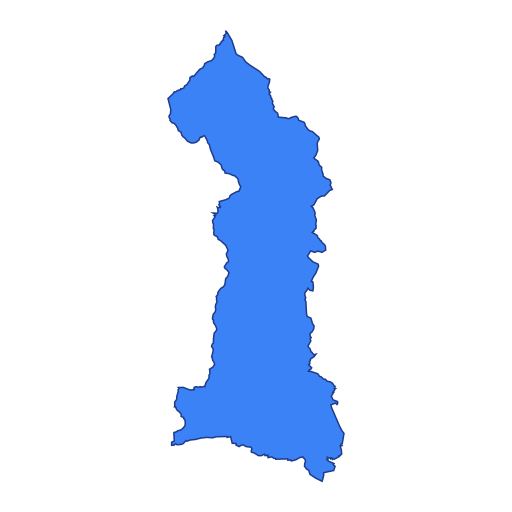 Barbatesti, Vâlcea, Romania
{"feature_id": "2599482B91105393466893", "entity_name": "Barbatesti", "entity_type": "district", "adm_level": 2, "iso_a3": "ROU", "parent_name": "Romania", "parent_adm1": "Vâlcea", "projection": "mercator", "projection_center": [24.104, 45.179], "detail": "fine", "context": "isolated", "style": "filled", "palette": "blue", "viewbox_px": 512, "rotation_deg": 0, "n_neighbors": 0, "source": "geoboundaries", "source_scale": "gbopen_adm2", "svg_char_len": 6065}
<svg xmlns="http://www.w3.org/2000/svg" viewBox="0 0 512 512"><path d="M322.1,481.3L323.7,475.6L323.6,472.7L333.7,470.5L335.1,466.3L333.2,464.5L334.0,463.5L328.5,461.2L328.0,460.7L328.0,459.5L326.8,459.6L327.3,457.2L328.6,457.9L329.6,457.7L330.5,458.8L331.0,457.8L332.5,458.3L332.5,458.9L332.1,458.9L332.3,459.4L332.6,459.0L334.3,459.2L339.3,456.5L339.1,455.7L340.0,455.6L341.7,454.1L341.3,449.7L340.2,445.8L342.0,445.6L341.1,444.4L341.7,444.4L342.3,443.4L344.0,433.4L341.9,430.7L339.4,425.8L331.5,407.4L330.9,404.8L335.6,403.1L337.0,404.5L337.7,403.4L337.5,401.5L333.1,399.9L331.3,396.1L333.1,393.4L332.7,392.5L333.8,392.1L333.4,391.3L334.5,390.4L334.6,389.4L335.6,388.5L334.4,388.2L335.1,386.3L334.1,385.9L332.5,383.2L330.0,381.7L327.2,381.3L325.6,379.4L323.5,379.0L321.0,376.7L319.5,376.4L318.3,374.3L317.1,373.5L311.1,371.5L308.4,371.2L309.2,370.0L310.8,369.2L311.7,367.8L308.6,364.8L309.9,363.7L309.4,361.8L310.2,360.9L310.5,359.1L314.0,356.7L315.9,354.2L313.9,354.7L312.6,353.4L312.0,352.3L311.1,351.8L309.9,348.5L308.8,347.7L308.0,346.1L310.8,341.0L310.2,338.8L311.2,337.5L310.1,336.3L310.2,333.3L311.9,332.1L313.7,329.0L314.1,326.0L312.6,323.8L310.9,318.1L307.2,316.5L306.5,313.4L305.9,301.7L304.8,299.4L305.5,298.7L305.7,297.8L304.9,295.3L304.8,292.8L306.8,290.5L307.9,288.2L309.8,290.2L312.9,290.9L313.4,287.5L313.0,282.6L312.7,281.7L311.2,281.5L313.4,276.7L315.8,273.2L318.6,266.2L318.2,264.2L313.0,261.9L308.6,257.7L307.5,256.0L310.7,250.9L314.6,252.4L317.9,251.1L322.0,252.3L325.7,250.1L325.4,246.1L323.8,243.9L322.0,242.6L321.2,240.9L320.5,240.8L319.4,238.9L317.9,237.9L317.5,236.1L316.7,235.1L312.2,232.4L313.0,231.5L313.8,231.4L314.0,230.3L316.1,228.2L316.1,225.2L315.7,224.3L316.4,220.1L314.7,215.4L315.1,214.0L314.9,212.1L312.9,207.6L311.3,206.3L313.8,204.9L317.3,198.6L321.4,196.1L324.5,195.9L329.8,190.4L332.3,189.5L330.2,185.0L330.8,183.6L330.9,182.4L329.9,179.8L326.2,178.5L323.2,176.1L323.1,174.2L321.6,170.0L321.7,167.3L319.2,165.1L318.5,162.2L317.7,160.9L314.6,158.8L313.9,157.9L315.9,155.2L317.7,150.4L317.2,143.5L317.8,141.5L319.3,139.2L319.0,137.4L312.4,131.6L309.8,130.8L308.2,129.7L305.4,125.9L304.8,123.4L304.0,122.2L298.8,120.3L298.1,118.2L296.6,116.4L295.3,116.3L290.7,117.6L289.8,118.4L287.8,118.6L286.4,117.9L278.4,117.1L277.6,113.2L274.8,110.9L273.5,109.2L273.4,108.4L274.2,106.8L272.4,103.5L272.8,101.0L271.8,99.7L271.8,98.5L270.9,97.6L270.6,95.7L269.0,94.0L270.4,92.2L269.3,91.7L269.3,90.1L268.0,88.2L267.9,86.5L269.4,82.2L269.8,79.3L269.1,78.7L267.2,78.7L265.6,77.0L264.5,76.7L259.7,71.5L249.7,65.0L245.6,61.8L242.5,57.3L238.0,55.3L236.1,53.8L231.9,40.5L227.3,32.7L225.5,30.7L226.2,33.5L223.8,35.7L224.9,36.5L223.9,37.3L223.1,39.2L223.5,40.3L222.7,40.5L221.1,41.9L221.0,43.0L220.1,43.4L219.6,44.9L217.1,45.2L215.8,46.4L215.7,52.8L214.2,54.7L214.6,55.3L214.5,57.0L212.9,59.2L211.4,60.6L207.3,62.0L204.7,63.7L204.1,65.9L202.5,67.9L199.7,69.3L193.7,76.4L192.2,75.9L191.2,77.0L190.6,77.0L189.9,77.6L189.9,79.9L189.4,80.9L186.8,84.7L184.6,86.0L183.9,87.9L181.7,88.9L180.7,88.7L180.5,89.6L177.6,90.5L175.6,91.9L174.2,91.9L173.0,93.8L168.0,98.6L170.8,109.6L170.4,114.1L169.5,115.0L169.0,116.4L169.3,117.8L170.2,119.3L170.0,120.4L171.8,122.6L174.3,123.5L175.9,125.2L177.7,128.3L178.3,130.6L181.1,132.3L181.7,134.9L183.1,136.8L184.7,137.9L187.6,141.3L191.2,143.0L193.6,143.0L196.3,142.2L199.1,139.9L199.9,137.7L201.2,136.8L201.7,137.2L204.0,135.7L204.7,135.8L207.4,141.0L207.6,142.6L209.4,144.8L210.4,149.1L213.8,157.5L214.7,160.7L218.0,162.1L221.1,164.8L222.1,168.6L223.0,169.9L224.7,170.8L225.1,173.1L229.3,173.7L233.1,175.5L234.4,175.6L237.4,178.2L238.3,179.8L238.3,181.0L239.4,184.5L240.8,186.7L238.9,191.3L237.3,191.4L231.3,194.5L230.1,195.7L229.1,198.2L225.5,199.8L219.3,201.5L219.5,203.9L218.8,204.8L220.6,206.7L220.3,207.5L219.3,207.1L218.1,207.7L217.2,207.2L217.9,209.3L217.8,210.7L218.2,211.7L216.7,213.8L216.2,213.2L213.0,213.0L214.7,214.1L215.4,215.2L214.0,215.7L215.1,216.8L212.5,220.5L212.9,223.1L213.5,224.0L213.3,228.6L214.2,229.7L213.7,232.5L214.0,234.9L217.5,237.0L218.2,239.4L220.3,240.4L225.6,245.2L227.5,248.9L227.9,250.8L226.3,254.0L226.7,256.0L228.3,259.4L228.5,261.8L226.8,262.8L224.3,266.8L224.8,268.1L227.3,270.3L229.0,272.5L227.8,276.3L225.7,278.6L224.8,284.8L223.2,287.0L221.4,287.9L219.8,289.5L217.9,292.4L217.6,294.9L216.2,296.4L216.2,297.0L216.7,297.5L216.5,300.0L217.1,301.4L215.5,305.2L215.4,307.7L215.8,309.4L215.1,312.0L213.3,314.2L212.5,317.5L212.6,319.3L213.3,319.8L213.7,323.0L215.2,325.0L216.7,328.5L216.6,329.9L215.5,331.7L214.2,333.0L213.4,339.1L213.7,340.0L213.3,341.0L213.5,343.1L212.5,343.8L211.5,346.4L213.0,348.6L213.2,350.6L211.6,356.9L212.3,357.8L212.5,359.8L214.3,363.0L214.6,364.3L213.0,367.0L209.5,369.2L210.0,373.4L209.0,375.2L209.0,378.1L205.8,382.9L204.9,386.6L204.3,386.3L201.1,387.3L200.3,386.6L198.7,387.2L195.9,386.7L194.3,387.3L193.8,388.5L194.3,389.6L191.4,390.0L188.9,389.6L183.3,387.4L178.5,387.5L179.2,388.1L178.1,389.7L178.2,391.6L176.7,396.7L176.9,398.2L176.2,400.1L174.7,402.0L174.7,405.8L174.5,406.9L175.6,406.7L176.2,408.7L177.4,410.5L179.5,412.1L181.2,414.2L181.1,416.5L183.6,417.5L183.8,418.6L185.0,420.3L185.3,424.0L184.7,426.2L182.3,428.9L180.7,430.0L177.7,430.8L175.6,432.2L174.5,432.2L173.8,432.8L174.3,441.1L171.9,442.0L171.6,442.5L171.6,445.3L173.8,445.2L174.7,444.7L174.9,444.0L175.8,443.8L177.1,444.8L181.2,444.4L183.2,443.6L186.1,440.5L187.1,441.2L190.2,440.0L195.1,439.5L201.2,438.0L207.0,437.4L212.7,437.8L216.0,436.8L226.0,436.5L227.0,436.6L227.1,437.4L230.6,436.6L232.2,443.3L236.1,443.5L236.1,445.2L239.1,446.6L241.3,445.2L243.3,444.9L246.1,446.6L251.1,447.2L251.9,448.7L251.2,451.0L251.5,452.2L254.2,453.0L258.4,455.6L261.2,455.7L264.4,454.2L265.0,455.6L265.9,455.2L266.7,455.7L268.5,454.8L267.6,455.7L268.2,457.3L267.4,457.7L271.8,456.9L273.9,458.3L275.6,458.5L275.7,459.2L287.7,458.9L287.8,460.2L290.8,459.9L291.1,460.9L291.5,460.9L295.6,459.9L300.1,457.4L302.9,456.9L303.2,457.7L304.9,459.1L305.5,461.3L304.7,463.6L304.5,466.3L306.7,469.2L308.7,470.2L310.0,474.4L316.0,478.3L322.1,481.3Z" fill="#3b82f6" stroke="#1e3a8a" stroke-width="1.5"/></svg>